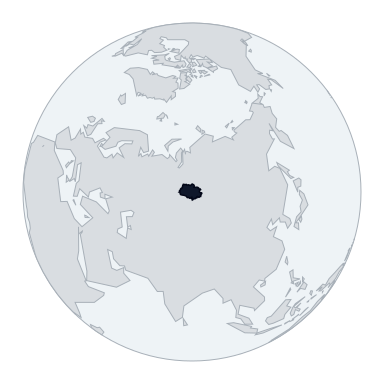 the Earth from above Tomsk
{"feature_id": "RUS-2167", "entity_name": "Tomsk", "entity_type": "Region", "adm_level": 1, "iso_a3": "RUS", "parent_name": "Russia", "parent_adm1": "", "projection": "orthographic", "projection_center": [83.174, 58.364], "detail": "fine", "context": "on_globe", "style": "filled", "palette": "ink", "viewbox_px": 384, "rotation_deg": 0, "n_neighbors": 0, "source": "natural_earth", "source_scale": "10m", "svg_char_len": 13843}
<svg xmlns="http://www.w3.org/2000/svg" viewBox="0 0 384 384"><circle cx="192" cy="192" r="169" fill="#eef3f6" stroke="#a8b0b8"/><path d="M233.6,28.2L236.3,29.0L234.7,28.5L238.3,29.5L241.5,30.7L248.1,33.3L251.6,37.4L244.6,41.2L242.0,38.9L240.6,40.3L243.9,43.4L246.3,45.1L246.0,56.3L255.2,69.9L262.9,73.5L257.5,73.5L275.1,80.3L283.2,88.5L271.2,79.7L267.7,79.2L271.7,84.9L269.0,85.6L269.4,88.9L265.8,89.5L259.1,84.6L256.7,84.9L259.6,88.9L257.9,92.2L253.9,86.2L250.5,91.4L238.7,84.9L230.8,69.5L221.3,67.4L205.6,56.1L204.1,58.1L197.2,55.5L192.9,57.0L191.2,54.7L189.3,57.9L191.6,59.7L191.6,61.7L189.3,62.9L186.7,60.1L187.5,59.1L185.5,58.9L185.2,57.1L184.1,58.6L181.2,55.3L180.6,60.3L175.5,59.0L174.5,56.4L179.1,54.5L188.3,44.7L188.7,41.9L184.8,39.7L167.7,39.7L166.4,37.8L161.2,36.7L159.9,38.6L163.4,40.1L159.7,43.7L164.5,45.5L163.7,47.3L166.8,50.2L161.5,52.2L154.6,52.6L151.7,50.3L148.6,50.5L147.4,54.8L138.2,52.9L125.6,56.1L123.8,55.5L127.3,50.2L137.3,44.5L141.8,38.7L133.9,45.0L129.5,43.9L126.7,45.0L124.0,46.7L123.8,48.1L121.2,48.4L128.1,42.0L130.5,41.6L128.3,43.6L133.0,41.0L137.6,37.2L134.9,37.2L144.6,32.2L142.9,32.3L144.0,31.4L146.2,31.5L142.5,31.3L153.5,27.5L152.9,27.6L166.2,25.0L179.7,23.5L193.3,23.0L206.9,23.7L220.3,25.4L233.6,28.2ZM328.8,92.9L327.9,91.9L327.0,90.5L328.8,92.9ZM328.3,92.6L328.5,92.9L328.3,92.6ZM329.0,93.7L328.5,92.9L329.2,94.0L329.0,93.7ZM330.1,95.4L329.4,94.5L329.6,94.6L330.1,95.4ZM331.2,97.6L331.5,98.1L330.8,97.1L331.2,97.6ZM247.9,45.8L244.2,43.4L242.3,40.5L245.6,42.3L247.9,45.8ZM251.2,52.1L248.7,51.1L250.5,49.2L251.3,50.4L251.2,52.1ZM268.9,76.1L266.5,73.3L269.8,75.8L268.9,76.1ZM270.1,89.3L271.6,89.9L271.2,91.4L270.1,89.3ZM169.5,49.0L168.2,49.6L168.3,48.7L169.5,49.0ZM172.1,49.8L173.2,48.4L174.6,48.6L173.9,49.4L172.1,49.8ZM265.3,93.6L264.1,95.9L264.2,92.7L265.3,93.6ZM170.5,51.5L177.0,49.1L179.4,49.5L178.8,53.2L170.5,51.5ZM262.6,96.7L259.7,102.7L263.0,104.5L252.2,103.1L258.2,98.3L257.8,94.0L260.1,96.6L262.6,96.7ZM193.4,59.8L190.8,57.9L195.1,58.5L193.4,59.8ZM196.2,59.7L209.5,59.0L212.3,62.6L207.3,62.0L212.5,65.9L207.3,67.9L203.2,66.2L202.5,63.5L201.0,66.4L196.2,59.7ZM246.8,101.6L245.1,102.4L245.6,100.6L246.8,101.6ZM191.9,62.6L194.4,62.1L196.9,65.1L192.5,66.7L193.1,65.2L191.9,62.6ZM216.5,66.0L217.6,68.7L213.6,71.0L213.5,72.3L207.4,68.3L216.5,66.0ZM191.3,65.1L190.1,67.5L186.8,67.1L189.7,63.4L191.3,65.1ZM199.4,65.2L200.4,66.7L198.4,66.4L199.4,65.2ZM174.5,67.6L177.4,66.7L178.9,68.1L174.5,67.6ZM189.9,68.4L191.1,68.5L192.0,69.0L190.6,70.5L189.9,68.4ZM205.1,70.3L203.2,70.7L207.4,72.0L204.6,74.0L201.0,70.9L201.4,73.1L200.5,73.7L198.5,70.6L205.1,70.3ZM191.9,73.6L186.4,70.7L180.7,71.9L179.2,70.6L188.6,68.9L191.9,73.6ZM196.0,72.1L193.1,72.7L192.6,70.7L194.3,69.0L196.0,72.1ZM204.0,76.4L209.2,74.2L209.8,74.9L204.0,76.4ZM190.4,74.4L191.8,75.1L190.0,74.7L190.4,74.4ZM199.9,76.2L201.7,75.3L202.3,76.1L199.9,76.2ZM193.0,77.3L191.2,76.3L192.3,75.1L193.0,77.3ZM196.3,77.1L196.7,78.5L193.8,75.2L196.9,76.5L196.3,77.1ZM200.2,77.1L201.2,77.4L199.4,77.4L200.2,77.1ZM190.0,82.6L186.0,78.8L188.4,76.0L191.9,80.1L190.0,82.6ZM37.2,259.7L35.1,254.0L29.3,232.5L30.3,228.3L29.6,222.5L27.6,217.0L27.2,210.0L26.4,206.0L23.6,182.4L24.9,169.3L31.5,143.4L33.5,142.3L37.7,135.4L54.9,142.0L54.3,150.5L63.1,170.4L63.4,174.2L57.8,178.0L60.7,201.6L67.1,201.4L74.3,218.6L82.0,226.7L92.8,217.8L80.3,204.4L82.6,196.2L96.3,201.9L108.0,213.7L109.3,210.9L105.7,198.8L112.3,197.1L104.9,194.2L105.0,198.7L100.4,197.1L100.1,193.0L102.4,192.5L100.0,187.9L89.5,192.0L88.4,197.0L79.7,188.7L77.2,196.3L73.4,196.1L76.3,183.3L79.0,180.7L81.2,162.8L77.5,164.7L75.3,181.8L74.3,178.5L69.4,181.6L72.3,176.7L75.7,157.9L70.4,149.6L56.9,148.5L55.3,142.9L56.9,134.7L68.6,126.8L71.1,140.2L75.2,138.0L80.5,129.1L80.8,134.1L83.3,132.3L84.8,137.1L92.6,138.4L95.0,142.8L103.5,138.3L105.9,140.0L100.2,142.1L97.4,146.1L104.0,157.2L106.9,157.9L112.0,154.2L113.1,157.9L117.2,152.9L123.7,157.4L119.1,147.9L124.9,143.7L131.8,143.9L132.9,140.9L121.7,140.7L117.9,142.2L116.0,146.2L105.1,149.4L101.6,146.7L110.0,137.3L106.0,132.6L114.3,127.6L139.6,130.6L147.4,134.7L148.6,151.1L143.6,152.6L140.7,147.3L138.3,156.4L140.9,153.6L141.9,156.8L147.7,154.0L148.7,156.2L152.6,149.9L154.4,152.3L151.9,156.2L162.0,154.5L167.3,158.6L169.2,157.2L169.6,154.5L176.0,161.7L177.1,160.4L175.4,157.5L176.4,153.0L180.7,148.1L182.7,150.8L181.4,153.0L181.7,161.8L178.0,167.4L179.3,168.0L183.0,163.9L182.6,153.0L184.6,149.3L185.5,154.3L185.3,152.2L187.0,151.2L190.5,152.9L189.8,147.4L205.0,134.0L213.3,136.2L212.4,141.9L225.1,136.4L233.4,139.9L231.8,137.2L236.8,133.0L234.3,131.8L233.9,130.2L245.7,119.8L250.0,119.7L253.3,112.7L252.5,111.4L249.5,111.0L252.2,103.1L263.0,104.5L264.3,107.4L270.1,106.5L272.2,113.4L276.7,118.9L275.6,127.4L279.2,131.3L281.1,130.5L287.5,135.4L294.0,148.6L280.4,141.3L269.0,123.4L272.9,130.8L269.6,130.2L269.5,133.6L272.5,139.0L274.4,138.9L266.5,154.1L268.8,170.8L274.7,166.3L279.9,168.4L287.7,184.9L282.8,214.4L289.8,218.5L291.3,223.0L287.6,228.3L285.3,222.0L280.2,222.0L279.4,217.8L272.7,224.7L271.4,219.0L266.9,227.4L270.3,230.8L276.7,226.6L273.4,236.7L282.0,240.9L284.7,249.3L276.2,269.3L264.9,278.4L264.6,281.1L259.2,280.0L253.4,286.9L264.5,297.0L264.6,300.7L254.5,310.6L254.1,308.2L239.8,305.3L238.1,314.2L248.9,318.2L252.7,324.2L244.8,324.2L240.8,318.8L235.8,317.5L236.5,310.2L231.1,299.7L223.0,303.2L223.0,298.4L214.3,289.0L202.4,293.1L183.9,305.9L182.4,317.3L175.6,321.5L164.8,303.9L163.2,291.4L157.3,291.5L147.9,278.3L125.8,270.2L124.5,265.9L119.9,265.7L113.6,258.8L112.3,251.7L107.6,249.5L111.6,268.1L116.8,270.4L123.7,267.6L123.7,273.2L130.0,280.5L116.5,287.2L86.7,280.6L86.9,271.1L80.3,234.4L82.2,232.1L82.3,231.7L82.4,231.0L78.6,234.0L78.5,226.8L78.7,250.9L77.4,258.9L86.2,280.8L84.7,281.1L88.4,286.6L104.3,292.8L103.7,295.4L94.3,302.4L75.1,302.4L79.4,312.4L81.1,317.5L73.1,311.9L75.9,314.8L66.5,305.1L57.8,294.7L50.0,283.6L43.1,271.9L37.2,259.7ZM44.1,145.2L42.4,146.8L44.1,145.2ZM117.2,232.5L126.2,238.4L127.6,228.0L131.2,229.5L130.4,225.5L127.7,227.2L126.4,216.7L132.3,216.6L134.0,212.4L131.0,210.3L120.5,212.1L122.2,227.0L117.8,229.0L117.2,232.5ZM129.1,44.3L128.4,44.8L125.5,46.4L126.4,45.3L129.1,44.3ZM115.6,56.0L111.8,56.2L115.1,55.2L115.6,53.6L123.2,49.6L123.3,55.1L121.9,53.2L115.6,56.0ZM133.3,46.2L128.5,47.9L133.8,45.9L133.3,46.2ZM95.4,118.2L94.0,121.5L90.7,122.3L87.7,117.4L92.5,116.2L95.4,118.2ZM92.9,126.0L102.0,118.4L104.3,121.3L101.5,120.9L102.0,123.6L97.7,123.8L90.8,134.4L87.4,135.8L83.8,125.6L86.8,128.1L88.0,124.6L92.9,126.0ZM121.5,96.0L125.5,93.4L125.1,103.1L121.4,104.5L118.2,99.5L120.7,95.0L121.5,96.0ZM168.1,58.9L169.7,57.7L170.4,58.4L169.7,60.0L168.1,58.9ZM175.7,67.0L162.1,64.8L163.2,63.3L153.9,64.2L153.2,60.6L159.2,60.1L151.7,58.2L156.9,56.4L151.5,55.6L164.9,54.8L169.3,53.3L164.7,56.3L165.3,59.6L166.8,60.5L174.4,62.2L184.0,60.8L186.1,64.0L185.0,66.7L183.0,67.5L182.3,65.1L180.2,67.9L177.6,65.1L175.7,67.0ZM171.2,99.7L171.2,95.9L166.5,102.4L163.9,99.1L163.6,100.0L159.9,98.8L154.7,99.1L154.2,97.3L152.4,98.2L150.0,97.5L147.4,98.2L145.5,95.2L142.2,95.9L143.2,94.1L137.9,96.1L141.0,93.3L138.1,92.3L136.7,95.6L133.1,78.9L129.3,74.5L124.3,72.5L130.3,68.2L138.8,67.6L147.4,69.4L150.3,74.4L152.5,71.8L154.5,73.4L152.0,74.8L157.1,73.7L158.1,75.5L165.8,77.9L172.7,75.5L175.7,76.4L173.5,78.3L178.0,78.0L175.9,82.2L178.0,83.1L178.1,88.2L172.6,91.6L175.4,92.3L175.5,96.4L171.2,99.7ZM189.8,84.1L183.9,88.5L179.6,89.0L181.3,79.9L179.7,78.5L180.7,73.0L187.0,72.5L186.1,74.1L186.7,75.5L184.5,75.1L186.8,76.5L185.6,78.9L187.1,80.7L184.8,81.6L189.8,84.1ZM66.6,174.9L67.4,177.2L69.2,180.1L66.2,182.2L66.6,174.9ZM68.7,162.0L69.8,163.5L66.4,167.7L65.6,165.4L68.7,162.0ZM73.4,160.9L70.2,163.3L71.4,160.6L73.4,160.9ZM101.5,143.4L103.0,144.8L102.1,146.0L99.9,146.5L101.5,143.4ZM156.8,119.0L157.4,116.6L158.6,116.6L163.0,112.5L165.3,114.7L163.5,118.1L156.8,119.0ZM89.0,217.6L85.1,217.5L84.7,215.2L86.1,215.7L89.0,217.6ZM73.8,199.6L75.9,205.3L73.0,200.1L73.8,199.6ZM160.0,120.8L161.5,118.8L161.7,121.2L160.0,120.8ZM167.2,116.2L167.9,118.7L166.1,114.6L167.2,116.2ZM103.9,332.1L101.8,334.8L95.3,330.6L91.5,327.5L90.5,324.5L97.1,327.7L99.6,327.2L103.9,332.1ZM289.4,321.8L293.5,319.6L293.3,320.0L289.4,321.8ZM285.2,323.1L290.1,320.5L284.3,324.3L285.2,323.1ZM291.9,319.5L296.8,315.9L298.9,314.0L298.4,314.9L291.9,319.5ZM281.9,324.9L263.0,333.0L255.4,334.8L257.3,332.9L269.7,328.7L281.9,324.9ZM256.7,333.1L244.8,332.8L227.3,323.5L233.6,322.7L251.6,326.4L250.5,328.0L257.7,329.0L256.7,333.1ZM284.9,314.4L283.7,318.6L273.5,323.1L268.7,324.5L265.5,320.9L267.3,317.6L271.3,316.1L285.7,299.8L290.9,299.5L286.7,305.9L290.9,307.2L284.9,314.4ZM183.2,318.4L187.5,324.9L183.7,325.7L183.2,318.4ZM290.8,289.4L285.5,297.1L290.2,288.1L290.8,289.4ZM293.2,281.7L293.9,283.9L291.2,282.9L293.2,281.7ZM265.1,284.9L260.9,287.0L260.5,285.1L265.6,281.3L265.1,284.9ZM286.7,256.2L287.9,262.2L287.5,264.6L285.1,262.0L286.7,256.2ZM181.6,139.0L172.9,142.0L168.2,146.1L167.9,151.2L164.6,145.5L171.9,139.2L181.6,139.0ZM201.9,134.2L202.1,130.1L204.5,131.2L204.8,132.3L201.9,134.2ZM200.3,132.2L195.9,128.5L197.7,125.7L200.8,129.2L200.3,132.2ZM177.7,124.3L174.9,125.0L174.9,123.0L177.7,124.3ZM268.6,342.6L268.2,342.7L270.1,341.7L271.4,340.3L289.2,329.0L302.7,316.6L310.3,310.6L317.5,301.4L324.6,294.3L321.2,299.9L327.0,293.5L334.8,280.5L335.1,281.8L327.8,292.6L319.6,302.7L310.7,312.2L301.1,321.0L290.8,329.1L280.0,336.3L268.6,342.6ZM299.5,315.7L305.5,309.4L308.5,307.0L299.5,315.7ZM354.5,238.4L353.9,240.3L354.0,239.8L354.5,238.2L354.5,238.4ZM353.4,241.8L352.7,243.4L352.8,243.1L353.4,241.8ZM342.6,265.5L345.5,262.4L342.4,268.0L339.3,271.6L335.6,278.5L328.0,287.7L330.1,284.1L329.4,283.0L320.7,290.9L319.0,291.0L322.3,286.8L316.2,290.9L322.9,284.1L325.4,285.1L329.1,278.6L334.9,272.5L340.0,266.7L343.6,263.0L342.6,265.5ZM322.4,291.6L323.5,290.5L322.4,292.4L322.4,291.6ZM351.4,245.8L352.4,244.2L352.2,245.0L351.6,246.3L351.4,245.8ZM344.5,261.0L348.6,251.3L349.5,249.7L346.7,257.5L344.5,261.0ZM347.9,251.3L349.6,248.3L350.2,248.1L349.9,249.2L347.9,251.3ZM308.8,300.5L308.5,301.6L306.7,302.3L308.8,300.5ZM311.2,298.1L316.6,294.6L310.7,299.3L311.2,298.1ZM293.7,306.5L295.4,307.9L301.0,302.9L296.7,307.7L300.2,309.1L298.9,311.2L295.4,309.6L293.8,314.5L291.3,315.9L290.2,313.2L292.9,307.2L295.3,303.7L305.2,296.6L293.7,306.5ZM311.3,295.2L309.8,293.5L310.9,290.7L312.5,291.0L311.3,295.2ZM305.0,289.4L300.6,288.4L296.9,292.2L303.9,281.9L307.1,284.7L305.0,289.4ZM300.6,283.3L297.3,286.9L300.5,281.4L300.6,283.3ZM296.2,286.1L295.4,283.6L298.3,282.2L296.2,286.1ZM302.5,282.3L302.5,277.0L304.3,278.9L302.5,282.3ZM293.2,277.8L300.0,278.9L291.8,281.6L289.6,272.0L293.0,269.8L293.2,277.8ZM300.7,222.2L298.8,219.4L301.4,216.4L301.9,219.2L300.7,222.2ZM308.0,204.9L301.5,214.7L295.9,222.8L298.5,222.8L298.8,229.6L294.0,226.5L296.6,216.8L301.1,211.8L300.1,206.3L302.4,200.0L299.3,194.4L299.7,190.3L303.9,193.9L308.0,204.9ZM297.8,192.2L293.2,180.9L298.8,178.0L301.0,179.8L300.8,186.1L297.8,187.3L297.8,192.2ZM293.7,177.4L290.9,178.5L278.1,165.8L276.8,162.5L289.4,170.2L287.4,171.7L289.6,175.4L293.7,177.4ZM246.5,103.6L245.2,102.5L247.1,102.7L246.5,103.6ZM232.4,129.7L232.2,127.5L234.4,127.7L232.4,129.7ZM232.9,121.7L230.5,123.1L232.2,120.5L232.9,121.7ZM225.3,126.4L229.2,123.1L226.7,127.9L225.3,126.4Z" fill="#d9dde1" stroke="#a8b0b8" stroke-width="1"/><path d="M192.5,184.1L192.6,184.3L193.0,184.6L193.6,184.6L193.7,184.8L194.2,185.8L194.3,185.9L194.3,186.0L194.2,186.4L194.1,186.5L194.1,187.0L194.0,187.3L195.4,187.4L196.1,187.2L197.1,187.2L197.8,187.4L197.9,187.8L198.0,187.9L198.4,187.9L198.5,187.9L198.5,188.0L199.1,189.0L200.1,188.9L200.2,189.1L200.6,189.7L199.9,190.1L199.3,191.3L199.5,192.0L199.6,192.3L199.8,192.5L200.6,192.6L200.9,192.8L201.6,192.8L201.7,193.0L201.8,193.6L201.7,193.7L201.6,193.8L201.4,193.8L201.4,194.0L201.2,194.2L201.2,194.3L201.0,194.7L200.9,195.0L200.7,195.0L200.6,195.3L200.8,195.4L200.9,195.5L200.8,196.0L200.7,196.3L200.5,196.2L200.4,196.2L200.3,196.3L200.0,196.6L199.9,196.7L199.8,196.8L199.5,197.1L199.2,196.8L198.8,196.9L198.7,196.9L198.4,196.8L198.5,197.0L198.4,197.2L198.2,197.1L197.9,197.0L197.7,197.0L197.4,197.2L197.2,197.2L196.9,197.0L196.8,197.3L196.7,197.4L196.6,197.5L196.4,197.6L196.3,197.8L196.0,197.9L195.9,198.0L196.1,198.1L195.6,198.3L195.4,198.2L195.2,198.3L195.2,198.5L194.9,198.4L194.1,198.8L194.0,199.0L193.9,199.0L193.9,198.9L193.7,198.8L193.4,198.9L193.2,199.1L193.1,199.3L192.9,199.5L192.8,199.8L192.7,199.9L192.4,199.9L192.4,199.7L192.3,199.8L192.2,199.9L192.1,199.7L192.2,199.4L192.3,199.4L192.4,199.2L192.2,199.0L192.1,198.9L192.2,198.7L191.9,198.6L192.0,198.5L191.9,198.4L192.0,198.4L191.9,198.3L191.9,198.1L192.0,198.1L191.9,198.1L192.0,198.0L192.0,197.9L192.1,197.7L191.9,197.3L191.7,197.5L191.6,197.4L191.4,197.4L191.4,197.5L191.3,197.8L191.2,197.7L191.0,197.8L190.9,197.8L190.7,197.9L190.3,198.0L190.1,197.9L190.0,198.0L189.4,198.2L189.1,197.8L188.8,197.4L188.7,197.4L187.6,197.5L187.3,197.6L187.2,197.5L186.2,196.1L184.4,195.4L182.0,195.0L181.9,195.0L181.8,194.9L180.8,194.7L180.7,194.6L180.6,194.3L180.6,194.2L180.4,194.2L180.3,193.6L180.2,193.5L180.1,193.4L180.1,192.7L179.5,192.0L179.4,192.0L179.5,191.9L179.7,191.7L179.5,191.3L179.9,191.0L179.9,190.9L179.6,190.6L179.8,190.3L180.1,190.1L180.6,189.5L180.6,189.4L180.6,188.9L180.9,188.7L181.0,188.7L181.1,188.4L181.3,188.3L181.5,188.0L182.0,188.0L182.3,187.9L182.3,187.7L182.5,187.5L182.5,187.4L182.5,186.9L182.6,186.5L182.5,186.4L182.6,186.2L182.8,186.0L182.8,185.9L182.7,185.8L182.7,185.7L182.7,185.4L182.8,185.3L183.1,185.2L183.1,184.9L183.1,184.7L183.3,184.3L183.5,184.3L183.9,184.4L184.1,184.4L184.2,184.5L184.3,184.5L184.5,184.7L184.8,184.5L185.2,184.6L185.6,184.5L185.9,184.7L186.0,184.6L186.3,184.5L186.4,184.9L186.5,185.1L187.2,185.0L187.7,185.1L188.0,184.8L188.3,184.8L188.5,184.8L188.9,184.9L188.9,185.1L189.0,185.2L189.1,185.3L189.6,185.3L190.1,185.3L190.5,185.6L190.8,185.4L190.9,185.1L192.0,184.1L192.5,184.1Z" fill="#0f172a" stroke="#020617" stroke-width="1.5"/></svg>